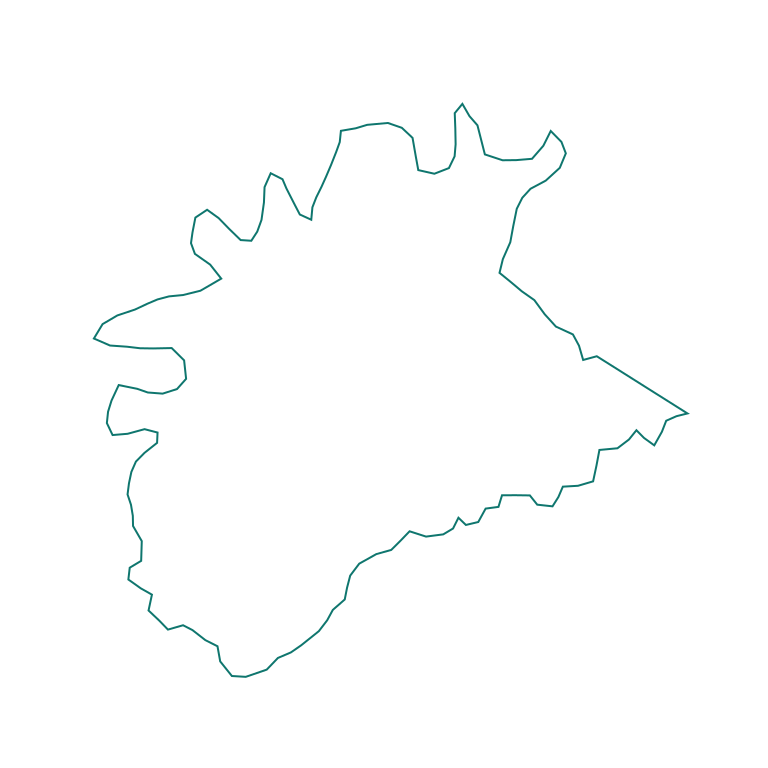 outline of Palmitinho, Rio Grande do Sul, Brazil, rotated 78°
{"feature_id": "56859067B63101725720480", "entity_name": "Palmitinho", "entity_type": "district", "adm_level": 2, "iso_a3": "BRA", "parent_name": "Brazil", "parent_adm1": "Rio Grande do Sul", "projection": "albers", "projection_center": [-53.596, -27.32], "detail": "fine", "context": "isolated", "style": "outline", "palette": "teal", "viewbox_px": 768, "rotation_deg": 78, "n_neighbors": 0, "source": "geoboundaries", "source_scale": "gbopen_adm2", "svg_char_len": 2180}
<svg xmlns="http://www.w3.org/2000/svg" viewBox="0 0 768 768"><g transform="rotate(78 384 384)"><path d="M510.8,670.9L522.1,674.7L533.3,664.4L541.8,654.8L556.6,661.4L568.9,652.9L579.3,646.4L578.2,630.7L584.9,622.5L597.4,612.0L605.9,601.4L621.3,601.9L638.0,593.5L641.7,580.1L639.0,558.1L629.9,544.7L627.2,530.9L622.4,519.4L612.2,499.1L603.3,488.7L594.3,481.0L586.6,467.2L575.6,462.5L564.4,456.9L554.6,445.6L548.8,426.9L547.8,411.4L540.7,400.4L533.4,389.6L542.0,374.6L543.4,357.3L539.7,346.5L530.3,339.0L538.9,333.2L538.6,320.5L527.0,310.5L528.0,297.6L517.4,291.7L520.1,278.6L523.3,264.5L533.9,259.2L538.7,244.6L530.8,236.9L521.6,230.4L523.9,215.4L522.7,199.7L507.9,193.1L493.3,187.0L495.4,169.0L489.2,155.9L481.7,146.7L490.8,140.9L500.2,132.4L488.5,122.1L478.6,115.6L476.3,104.6L475.9,93.3L401.1,170.1L401.9,184.2L387.1,185.3L374.8,188.9L363.6,203.9L349.2,212.3L333.2,219.5L322.0,229.9L309.7,239.5L299.3,247.9L286.6,241.8L271.6,231.0L256.8,224.9L240.2,217.7L230.6,210.0L223.5,200.1L218.7,183.5L209.1,167.1L196.2,158.2L184.1,160.1L171.2,168.3L184.1,178.6L194.5,192.4L192.5,208.1L189.8,221.5L180.4,237.6L150.4,238.8L139.8,244.7L126.3,249.1L133.8,258.5L148.8,261.1L164.4,264.1L176.0,267.6L186.3,275.6L188.8,291.0L181.9,306.0L168.2,305.6L149.2,304.9L137.1,313.3L129.5,325.9L127.0,346.6L128.0,358.5L127.4,373.5L138.2,377.0L147.2,382.6L158.8,390.3L169.2,397.6L178.2,404.2L187.3,411.4L196.3,417.3L208.2,421.0L200.7,431.1L189.9,434.1L172.4,438.8L162.6,440.7L154.3,451.0L166.6,459.9L181.5,463.7L198.0,469.7L208.6,476.3L216.3,484.0L213.4,494.3L200.1,503.2L187.4,511.2L176.8,520.8L182.0,533.9L195.9,539.8L206.1,543.5L217.4,541.9L231.1,529.2L247.1,521.3L254.6,544.2L255.2,562.0L253.6,576.1L254.2,588.0L256.3,598.8L259.4,612.1L261.5,630.6L266.9,646.8L279.2,658.3L289.4,644.0L294.1,627.6L298.3,615.2L301.2,602.5L304.7,584.2L319.3,574.6L337.8,576.5L345.9,587.5L347.4,602.5L343.2,616.8L337.4,626.4L329.9,643.7L343.6,654.0L353.8,659.7L364.6,663.2L377.5,660.1L379.4,645.1L378.4,627.6L384.4,615.6L394.4,618.2L401.5,632.5L408.3,642.8L417.5,649.4L428.1,654.1L438.7,657.8L449.5,656.6L460.7,657.1L470.7,659.0L487.3,653.6L506.5,658.3L510.8,670.9Z" fill="none" stroke="#0f766e" stroke-width="2"/></g></svg>